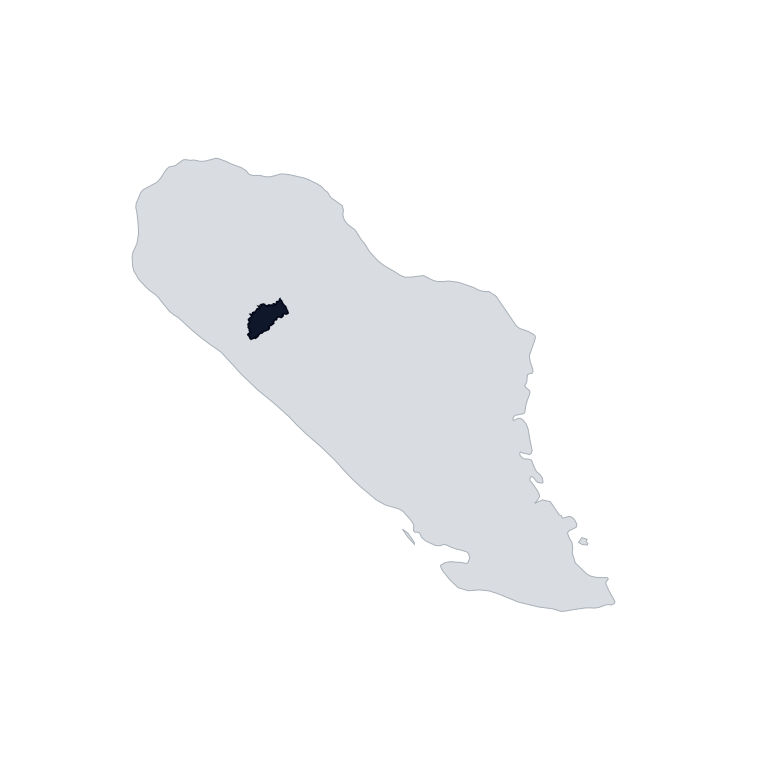 location of Ambalavao, Haute Matsiatra, Madagascar, rotated 115°
{"feature_id": "10022922B7475622417535", "entity_name": "Ambalavao", "entity_type": "district", "adm_level": 2, "iso_a3": "MDG", "parent_name": "Madagascar", "parent_adm1": "Haute Matsiatra", "projection": "orthographic", "projection_center": [46.669, -21.841], "detail": "fine", "context": "in_parent", "style": "filled", "palette": "ink", "viewbox_px": 768, "rotation_deg": 115, "n_neighbors": 0, "source": "geoboundaries", "source_scale": "gbopen_adm2", "svg_char_len": 8550}
<svg xmlns="http://www.w3.org/2000/svg" viewBox="0 0 768 768"><g transform="rotate(115 384 384)"><path d="M498.1,98.5L500.0,103.2L502.3,107.6L509.5,118.5L512.6,122.8L515.2,127.2L516.4,136.0L520.8,149.8L524.9,170.4L525.9,191.6L527.1,201.3L530.3,210.5L535.7,220.1L537.3,230.7L533.7,241.4L528.7,251.6L527.4,253.5L525.0,256.0L524.0,255.9L520.2,253.2L517.0,248.8L513.1,238.5L511.8,233.3L510.1,232.4L505.3,232.8L501.9,235.9L501.2,238.0L501.9,243.7L503.1,248.9L503.6,254.2L503.6,260.8L504.8,262.8L506.7,264.5L508.6,268.9L508.7,279.2L507.5,284.4L504.1,288.8L504.2,291.2L505.4,293.8L504.2,295.3L499.8,297.2L498.0,298.8L495.5,303.4L491.5,312.6L490.9,317.3L493.1,331.8L492.3,342.0L487.1,361.6L484.2,370.8L480.0,381.9L473.7,396.5L467.5,414.8L462.1,433.7L458.2,445.0L453.8,456.2L447.8,476.0L442.7,496.1L435.1,518.2L424.9,542.8L423.8,546.0L421.6,558.7L419.3,569.6L416.5,580.4L410.8,598.3L410.1,603.9L408.8,609.2L403.4,620.4L401.2,624.5L399.5,629.0L398.6,634.6L397.0,640.0L393.1,650.0L387.2,658.6L383.3,661.7L374.8,666.2L370.5,667.2L360.9,667.3L351.6,669.9L342.0,674.9L332.8,680.6L329.2,683.4L325.3,684.9L313.1,685.4L309.4,684.2L297.1,675.0L292.3,673.5L283.3,672.3L280.5,671.6L278.0,670.4L274.3,665.5L267.0,661.5L265.2,660.2L264.1,657.4L263.3,654.4L261.3,650.9L259.8,644.4L257.3,639.9L250.5,631.9L249.7,629.3L249.0,620.8L249.1,615.0L248.2,604.3L248.9,599.3L251.1,594.7L250.1,589.9L247.4,584.8L246.4,579.5L244.4,574.7L237.1,566.1L235.4,561.9L234.1,557.5L231.1,543.7L230.7,538.9L230.9,528.7L231.7,523.4L233.4,519.8L233.8,517.0L234.9,514.7L236.5,512.7L237.6,510.5L240.0,497.4L243.3,494.4L248.3,492.7L252.3,489.2L254.6,484.6L256.7,475.0L262.9,465.5L265.1,460.6L270.2,453.0L274.6,442.4L275.9,437.5L276.8,432.4L277.8,421.2L278.6,415.7L278.4,410.2L275.7,404.6L269.3,394.5L269.0,392.6L269.4,385.0L268.8,379.5L266.4,374.1L263.4,369.0L260.3,359.4L258.7,343.5L258.9,337.7L258.0,332.6L255.8,327.8L257.2,319.3L275.7,288.1L276.3,284.5L275.4,275.1L275.8,269.7L276.4,267.6L277.9,266.4L281.1,265.8L296.5,264.3L298.5,263.3L302.3,260.7L307.5,255.6L309.9,254.1L312.0,254.6L313.4,256.8L315.1,257.9L321.3,255.6L323.7,255.5L326.1,255.9L327.3,253.8L327.9,251.0L328.8,249.0L330.5,247.9L338.5,247.2L343.6,246.4L350.3,244.4L351.7,244.8L357.0,251.8L358.6,252.4L360.7,252.7L362.5,251.4L358.2,247.7L357.5,245.6L357.8,243.3L360.1,238.2L364.0,234.3L372.6,228.4L381.6,221.7L384.2,221.2L386.4,222.3L388.1,230.3L387.9,231.6L389.3,231.8L391.0,230.8L392.5,227.6L392.5,224.9L391.3,222.3L390.8,220.1L390.7,218.1L395.3,213.4L398.9,208.9L400.5,203.5L402.0,201.1L405.8,198.3L406.9,198.7L407.8,201.0L408.3,203.4L407.3,205.8L405.9,208.2L405.3,211.3L407.4,211.9L409.5,211.2L412.4,205.5L415.8,200.1L417.8,197.3L420.3,195.4L424.5,195.8L428.6,197.1L422.0,191.3L420.4,183.5L428.4,170.1L428.4,167.3L429.6,166.5L430.1,165.4L426.1,160.8L425.3,158.6L425.9,155.1L427.8,152.1L429.6,150.0L432.2,149.2L434.2,150.4L438.6,154.2L441.5,154.8L445.1,151.2L448.1,146.8L452.6,143.8L457.6,141.9L465.3,135.0L470.4,120.4L470.8,116.1L469.8,110.8L468.0,105.9L465.1,99.7L465.9,98.3L470.1,99.2L471.5,98.4L476.1,93.0L483.7,82.6L486.2,82.7L488.3,84.7L489.1,87.5L490.5,89.7L495.6,94.7L498.1,98.5ZM445.4,139.0L445.5,140.7L439.7,139.9L438.9,134.3L441.7,134.2L442.3,131.9L444.0,131.7L445.8,136.6L445.4,139.0ZM512.6,297.9L507.7,306.0L509.1,299.2L514.9,289.4L516.5,288.7L512.6,297.9Z" fill="#d9dde1" stroke="#a8b0b8" stroke-width="1"/><path d="M374.4,510.1L374.2,510.2L374.1,510.3L373.8,510.4L373.7,510.5L373.3,510.6L372.9,510.2L372.3,509.9L372.0,509.8L371.8,510.0L371.5,509.8L371.5,509.4L371.2,509.0L371.2,508.6L370.7,508.6L370.3,508.7L369.9,508.8L369.0,509.0L368.5,509.0L368.3,508.9L368.2,508.7L367.9,508.4L367.9,508.0L367.8,507.7L367.6,507.6L367.5,507.4L367.3,506.1L367.4,505.9L367.1,505.1L366.5,504.7L366.2,504.7L365.9,504.6L365.7,504.6L365.5,504.4L365.3,504.4L364.9,504.2L364.5,504.4L364.4,504.6L364.5,504.8L364.6,505.0L364.1,505.2L363.8,505.0L363.7,505.3L363.2,505.0L363.0,504.8L362.7,504.4L362.2,504.1L362.0,503.8L362.1,503.4L362.3,503.2L362.1,502.6L362.0,502.4L361.8,501.9L361.6,501.7L361.4,501.6L361.2,501.4L360.9,501.4L360.7,501.0L360.2,500.8L359.9,501.0L359.4,501.7L359.0,501.9L359.1,502.0L358.7,502.3L358.4,502.6L358.3,502.9L358.3,503.0L358.1,503.1L357.4,503.8L357.0,504.1L356.6,504.8L356.0,505.5L355.8,505.6L355.6,505.5L355.4,506.0L355.2,506.3L355.3,506.8L355.2,506.9L355.1,507.0L355.0,507.3L354.9,507.8L354.7,507.9L354.7,508.1L354.6,508.3L354.2,508.9L354.2,509.2L353.9,509.5L353.9,509.8L353.7,510.1L353.4,510.3L353.5,510.5L353.4,510.7L353.2,510.7L353.1,511.1L352.9,511.2L352.7,511.1L352.6,511.5L352.4,511.9L352.2,512.0L352.0,511.9L351.7,512.1L351.6,512.3L351.7,512.9L351.5,513.6L350.7,514.3L351.0,514.4L351.5,514.4L351.8,514.3L352.6,514.3L353.1,514.1L353.7,514.3L353.8,514.4L354.0,514.7L354.4,515.1L354.4,515.8L354.7,515.9L355.0,516.1L355.4,515.9L355.4,515.5L355.5,515.3L355.8,515.4L356.0,515.8L356.4,515.8L356.8,515.7L357.1,515.5L357.4,515.4L357.7,515.6L357.9,515.9L358.1,516.0L358.1,516.5L357.8,516.9L357.7,517.3L358.0,518.2L358.2,518.3L358.8,518.1L359.0,518.1L358.9,517.8L358.9,517.6L359.2,517.7L359.3,517.5L359.4,517.4L359.5,517.5L359.8,518.0L359.9,518.4L360.0,518.4L360.3,518.6L360.2,518.9L360.1,519.2L360.0,519.5L360.2,519.8L360.6,519.8L360.7,520.0L360.8,520.1L360.7,520.8L360.8,521.1L360.8,521.5L361.0,521.9L362.0,522.2L362.2,522.4L362.2,522.8L362.3,522.9L362.6,522.8L362.7,522.1L362.9,522.0L363.0,522.2L363.0,522.5L362.7,523.0L362.6,523.6L362.8,523.8L362.9,524.0L363.0,524.3L363.0,524.8L362.7,525.2L362.3,525.8L362.4,526.4L362.3,526.8L362.4,527.0L362.5,527.0L362.7,527.3L362.7,527.5L363.1,527.7L363.5,528.0L363.7,528.3L363.8,529.0L364.0,529.2L364.3,528.5L364.4,528.3L364.7,528.4L364.8,528.3L365.1,528.3L365.4,528.2L366.0,528.8L365.9,529.1L366.1,529.3L366.1,529.6L365.9,529.8L366.0,529.9L366.1,530.0L366.5,529.9L366.7,530.0L366.8,530.1L366.8,530.5L367.0,530.2L367.2,529.6L367.7,529.4L368.1,528.8L368.3,528.6L368.5,528.5L368.6,528.4L368.8,528.4L368.9,529.2L369.1,529.9L369.2,530.7L370.3,530.9L370.8,530.9L371.1,530.8L371.7,530.9L371.9,531.0L372.1,531.2L372.5,531.3L373.4,531.3L373.8,531.3L374.1,531.7L373.9,531.9L374.0,532.1L374.2,532.4L374.2,532.7L374.4,532.8L374.6,532.8L374.9,533.2L375.2,533.2L375.6,533.0L375.7,532.9L375.8,532.7L376.4,532.7L376.6,532.8L376.8,532.9L376.9,533.1L377.2,533.3L377.3,533.5L377.2,533.9L377.2,534.2L377.1,534.4L377.1,534.6L377.3,534.8L377.4,534.2L377.7,533.9L378.2,533.2L378.3,532.5L378.4,532.4L378.8,532.3L379.6,532.4L379.8,532.8L380.0,533.0L380.6,533.2L381.1,533.6L381.4,533.6L381.5,533.5L382.3,534.1L382.5,534.2L383.2,534.0L383.5,533.6L383.4,533.4L383.5,532.9L384.1,532.7L384.3,532.1L384.5,532.1L384.8,531.7L385.0,532.0L385.3,532.1L385.8,532.0L386.1,532.2L386.3,532.4L386.5,532.4L386.9,532.4L387.1,532.4L387.3,532.5L387.5,532.5L387.8,532.2L388.0,531.8L388.5,531.6L388.6,531.2L389.4,531.3L389.7,531.1L390.0,531.1L390.4,530.6L390.6,530.2L390.5,529.5L390.5,529.1L390.6,528.9L390.9,528.9L391.7,529.1L392.1,528.9L392.4,528.8L392.6,528.7L392.8,528.0L393.1,527.8L393.2,527.1L393.6,526.4L393.8,526.5L394.1,527.0L394.4,527.4L394.7,527.5L395.0,527.8L395.3,527.8L395.6,528.1L395.8,528.1L396.0,528.0L396.4,528.3L396.8,528.4L397.1,528.0L397.3,527.7L397.4,527.1L397.8,526.5L398.2,525.8L398.2,525.5L398.1,525.3L398.1,525.2L398.4,525.1L398.9,525.2L399.3,524.7L399.5,524.4L399.5,524.0L399.5,523.9L399.4,523.8L399.4,523.7L399.6,523.4L399.3,523.3L399.2,523.2L399.0,522.8L398.4,522.3L398.4,522.2L398.1,522.0L397.8,521.6L397.5,521.5L397.3,521.4L397.0,521.4L396.2,520.7L396.4,520.5L396.5,520.3L396.9,520.3L397.0,520.1L397.0,519.8L396.9,519.6L396.5,519.5L396.1,519.6L395.8,519.5L395.5,519.1L395.1,519.0L394.9,518.8L394.8,518.6L394.6,518.6L394.4,518.8L393.8,518.6L393.6,518.4L393.5,518.5L393.3,518.7L393.0,518.7L392.9,518.4L392.4,518.8L392.2,518.6L391.9,518.5L391.6,518.3L391.5,518.0L391.1,518.0L390.8,517.9L390.4,517.5L390.3,517.4L390.3,517.2L389.5,516.2L389.3,516.1L389.0,516.4L388.8,515.9L388.7,515.9L388.3,515.9L388.1,516.0L388.0,515.7L387.8,515.8L387.6,515.8L387.5,515.7L387.3,515.2L387.1,515.1L386.8,515.2L386.6,514.8L386.5,514.6L386.4,514.4L386.2,514.4L386.1,514.2L385.2,513.1L384.8,513.1L384.7,513.0L384.5,512.9L384.4,512.7L384.3,512.4L384.2,512.2L383.5,511.7L383.0,511.8L382.9,511.6L382.7,511.7L382.4,511.8L382.2,511.5L381.9,511.5L381.4,511.7L381.4,512.1L381.2,512.3L380.7,512.4L380.6,512.6L380.2,512.3L379.7,512.3L379.5,512.1L379.2,511.8L378.9,511.6L378.8,511.3L378.7,511.1L378.2,511.0L377.8,511.1L377.6,510.7L377.4,510.5L377.3,510.3L377.2,510.3L376.8,510.3L376.3,509.9L376.2,509.7L375.5,509.6L375.3,510.2L375.4,510.5L375.0,510.3L374.4,510.1Z" fill="#0f172a" stroke="#020617" stroke-width="1.5"/></g></svg>